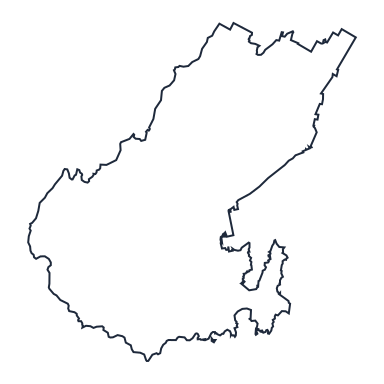 Wellington City, Wellington, New Zealand
{"feature_id": "76426892B25406189221199", "entity_name": "Wellington City", "entity_type": "district", "adm_level": 2, "iso_a3": "NZL", "parent_name": "New Zealand", "parent_adm1": "Wellington", "projection": "orthographic", "projection_center": [174.755, -41.253], "detail": "fine", "context": "isolated", "style": "outline", "palette": "slate", "viewbox_px": 384, "rotation_deg": 0, "n_neighbors": 0, "source": "geoboundaries", "source_scale": "gbopen_adm2", "svg_char_len": 5957}
<svg xmlns="http://www.w3.org/2000/svg" viewBox="0 0 384 384"><path d="M219.4,23.7L214.2,31.4L212.2,35.7L207.8,37.9L206.9,42.0L202.1,48.8L200.1,56.2L198.4,59.0L192.3,62.0L188.3,66.0L183.5,66.7L179.5,65.9L178.4,67.0L175.3,67.4L174.8,69.6L173.9,70.2L175.5,74.0L174.1,80.3L169.6,85.5L164.4,87.8L161.9,90.9L161.0,100.2L155.2,108.8L153.4,119.0L149.1,127.5L149.8,128.9L149.5,129.7L148.8,130.6L147.6,129.9L146.0,131.8L146.7,132.7L145.2,139.8L141.2,140.9L139.7,139.0L135.6,138.7L133.7,137.0L134.2,134.7L133.5,134.0L129.5,138.9L121.0,142.2L120.2,143.9L120.6,150.2L116.2,160.1L106.5,164.9L100.5,164.6L100.2,168.2L99.2,169.6L96.7,170.5L96.5,172.5L95.4,174.0L93.5,173.8L93.7,174.7L92.4,176.7L88.9,179.2L89.1,181.2L87.6,182.6L84.5,181.9L81.8,180.0L81.4,176.5L82.2,174.9L81.8,173.7L80.1,172.6L79.3,170.1L77.3,169.3L76.0,174.8L74.7,175.4L72.6,179.4L71.8,179.5L69.6,177.8L68.9,173.4L67.3,169.4L64.7,169.0L63.4,170.9L62.1,175.7L54.9,184.4L52.6,188.1L47.3,193.2L44.9,197.7L39.7,202.9L38.3,210.9L36.0,218.3L32.1,222.9L30.1,223.9L30.7,225.6L29.5,228.6L30.7,230.6L28.8,236.2L28.2,242.4L30.1,246.4L30.5,250.7L31.6,253.2L33.6,254.7L34.1,257.3L36.1,258.8L40.5,256.4L44.8,256.3L48.8,258.9L50.8,262.4L50.8,265.2L48.4,267.1L47.5,269.7L49.5,272.9L49.4,283.8L48.8,287.4L49.3,288.7L53.7,293.9L56.5,295.4L60.3,300.0L67.8,303.7L68.7,305.7L68.2,308.5L69.2,311.1L74.5,312.2L76.7,313.8L76.8,315.5L79.0,318.5L78.1,320.1L78.5,321.2L81.1,321.2L82.3,323.3L82.2,324.8L82.9,325.6L82.4,327.6L86.0,325.8L90.4,326.2L93.5,327.9L96.7,326.7L102.2,326.3L103.7,327.5L103.4,330.0L107.8,332.7L108.7,336.8L110.3,337.5L113.0,337.3L117.6,335.1L122.4,336.2L124.5,337.6L125.8,342.6L130.8,345.3L131.8,349.3L133.5,352.1L140.2,352.7L144.2,354.5L146.1,360.1L146.8,361.0L148.3,360.9L152.4,354.7L156.6,353.2L158.0,354.3L160.2,353.2L161.2,348.4L163.2,344.8L165.8,342.8L166.7,340.9L168.5,340.0L175.9,340.1L177.6,337.6L179.1,336.8L184.6,337.4L186.8,340.2L189.7,340.3L192.6,338.2L195.6,333.7L196.8,333.4L197.8,334.0L198.8,336.1L197.6,338.1L197.7,339.3L200.2,339.1L201.0,339.8L204.5,339.2L204.0,340.1L205.1,340.2L208.6,338.7L211.2,333.4L212.9,332.0L215.0,332.1L215.1,333.5L216.5,333.2L217.1,334.1L220.1,335.4L222.4,333.6L223.4,333.8L224.7,331.4L227.3,329.7L230.0,331.2L230.9,333.4L230.9,335.2L231.3,334.5L232.5,335.5L233.8,335.3L234.9,336.8L235.8,335.5L236.0,332.3L234.5,328.2L237.4,327.1L236.8,325.5L237.5,323.8L236.2,323.1L236.6,321.9L235.2,320.3L234.5,315.4L237.7,311.5L242.3,308.9L246.9,308.5L251.0,310.0L250.6,318.3L248.7,319.3L250.2,318.9L251.5,321.0L255.3,320.6L257.6,323.6L257.0,326.8L256.0,328.5L255.5,334.1L255.9,334.8L257.4,333.7L255.9,330.2L257.4,328.8L258.4,329.1L258.1,330.1L259.8,330.6L260.4,331.6L261.3,331.8L261.3,330.7L262.1,330.5L263.3,332.7L265.6,331.9L266.3,330.2L267.4,329.9L268.1,331.0L268.0,333.5L269.1,333.8L271.3,330.6L271.8,327.9L273.1,326.4L272.4,323.6L273.7,321.9L272.8,319.9L274.9,318.6L274.8,316.3L275.6,314.7L277.9,315.4L281.9,311.1L285.7,311.3L288.8,313.4L290.1,303.7L288.8,302.8L288.5,301.0L279.4,294.4L280.1,293.4L280.1,293.2L279.3,294.3L278.7,293.9L278.4,292.3L277.4,291.6L276.8,288.3L277.7,285.8L280.0,284.6L279.5,283.4L280.0,283.1L280.0,280.3L281.4,277.8L282.9,276.8L281.3,273.3L281.7,271.0L280.9,270.5L281.8,265.0L282.7,263.6L282.6,261.2L284.6,259.6L286.1,259.8L286.3,258.6L287.6,257.7L286.4,255.4L282.5,253.0L283.1,252.5L282.9,249.3L284.3,247.4L279.3,247.0L276.6,243.7L275.2,240.1L274.4,240.5L273.7,243.7L272.3,245.7L270.5,250.9L269.1,251.9L270.2,252.5L270.5,253.7L268.4,255.4L268.8,257.2L268.7,255.5L269.3,255.6L269.6,257.4L270.1,256.7L270.5,259.1L268.2,260.4L268.8,261.6L268.1,262.5L264.8,262.9L264.6,265.4L266.0,267.2L264.9,269.6L262.7,270.7L262.5,272.7L259.4,280.6L258.8,281.0L258.6,280.3L258.1,286.8L257.5,286.8L257.2,284.7L257.4,287.1L256.2,289.1L249.2,290.3L241.7,284.0L243.5,283.9L241.2,283.4L244.1,283.1L241.7,282.9L242.5,282.1L244.0,282.1L242.5,282.1L243.5,281.1L245.2,282.3L242.8,279.9L242.8,278.5L243.6,278.3L243.8,276.9L243.3,276.4L244.1,275.3L243.7,273.8L245.6,273.5L246.9,271.7L247.5,273.1L247.3,271.6L249.3,271.3L249.5,270.2L251.9,269.6L251.4,265.3L250.9,264.9L251.4,262.0L250.0,260.5L251.1,257.9L248.9,256.0L249.0,254.5L247.9,252.7L248.3,251.7L249.4,251.7L248.7,249.2L249.5,247.6L249.5,243.1L248.7,242.6L241.7,247.7L240.5,250.2L238.0,250.7L234.4,249.9L232.7,248.7L233.0,249.4L232.2,249.8L232.6,250.7L229.0,251.5L228.3,246.5L228.2,249.7L226.2,249.9L225.2,248.1L222.0,248.5L220.7,243.2L221.1,241.3L222.0,242.4L221.6,239.4L220.8,240.9L220.5,239.7L220.8,237.0L221.8,236.3L222.4,237.8L222.2,236.3L222.6,235.4L223.4,237.4L222.9,234.4L223.5,233.9L224.4,236.6L225.0,236.6L224.4,233.5L225.2,232.4L226.9,236.7L233.4,235.2L228.5,210.8L229.1,210.1L229.4,210.7L229.3,210.0L229.9,212.3L229.7,211.0L230.1,210.8L229.4,209.9L230.0,209.8L230.9,212.7L230.2,209.5L233.6,206.9L234.3,209.9L238.0,209.1L237.2,205.4L237.6,203.8L236.7,202.1L238.3,200.1L249.8,193.9L259.4,186.6L268.1,178.1L284.9,164.9L288.7,160.7L292.8,158.4L295.5,155.3L303.3,152.4L302.7,151.3L306.0,149.9L306.0,149.1L306.7,149.6L309.6,148.4L309.0,146.9L310.1,147.7L311.6,147.3L310.8,145.9L316.7,132.3L314.9,128.0L313.8,126.9L314.2,125.7L313.4,125.6L314.8,119.2L317.5,119.6L318.4,114.7L315.5,114.2L319.8,103.9L322.0,104.2L323.0,99.2L323.1,94.0L321.0,93.5L332.4,77.1L332.8,74.0L336.6,76.2L338.2,69.8L337.0,69.4L355.8,37.4L341.7,29.1L338.1,35.4L333.1,32.5L327.1,42.5L325.9,42.1L325.2,39.4L323.6,40.1L323.2,41.8L324.2,42.6L322.7,43.5L321.1,43.5L317.0,41.2L311.1,51.7L297.8,43.9L298.2,43.2L290.9,40.1L292.4,33.8L293.3,32.2L292.8,31.3L287.2,33.7L284.7,36.7L282.0,36.1L283.0,32.4L281.7,32.2L279.2,40.6L276.3,40.1L272.5,44.3L265.2,49.8L263.5,52.7L261.0,54.8L258.0,54.9L256.5,54.0L257.1,52.2L256.8,50.7L257.5,47.3L259.4,45.8L255.3,43.9L251.0,43.2L248.9,41.6L249.5,40.3L248.7,39.5L248.9,38.5L249.6,38.0L250.0,36.1L251.9,34.9L252.0,32.7L233.5,23.0L230.1,29.6L219.4,23.7ZM215.4,340.0L213.0,340.0L212.4,341.4L213.9,342.3L215.4,340.0ZM211.7,340.3L212.9,339.9L211.7,338.4L211.7,340.3Z" fill="none" stroke="#1e293b" stroke-width="2"/></svg>